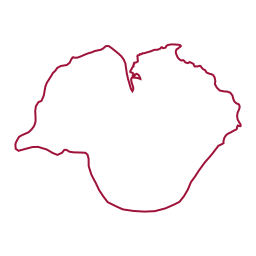 outline of Mtwara Urban, Mtwara, United Republic of Tanzania
{"feature_id": "72390352B87015028421250", "entity_name": "Mtwara Urban", "entity_type": "district", "adm_level": 2, "iso_a3": "TZA", "parent_name": "United Republic of Tanzania", "parent_adm1": "Mtwara", "projection": "mercator", "projection_center": [40.161, -10.316], "detail": "fine", "context": "isolated", "style": "outline", "palette": "rose", "viewbox_px": 256, "rotation_deg": 0, "n_neighbors": 0, "source": "geoboundaries", "source_scale": "gbopen_adm2", "svg_char_len": 5001}
<svg xmlns="http://www.w3.org/2000/svg" viewBox="0 0 256 256"><path d="M211.4,74.2L210.2,74.0L209.4,73.7L208.5,73.3L207.8,73.1L207.4,73.0L207.2,72.8L207.0,72.7L206.6,72.4L206.2,72.1L206.0,71.7L205.9,71.4L205.8,71.2L205.5,70.8L205.1,70.2L204.5,69.8L204.0,69.6L203.6,69.4L203.1,69.2L202.8,68.9L202.4,68.4L201.8,67.8L201.2,67.0L200.7,66.2L200.3,65.9L199.8,65.8L199.3,66.0L199.0,66.1L198.6,66.2L198.3,66.2L197.8,66.3L197.2,66.5L196.8,66.4L196.5,66.3L196.0,66.3L195.6,66.4L195.2,66.5L194.8,66.5L194.5,66.2L194.1,65.7L193.9,65.3L193.7,64.7L193.7,64.3L193.6,64.0L193.4,63.8L192.8,63.6L192.0,63.2L191.8,63.0L191.3,62.8L190.8,62.5L190.2,62.3L189.8,62.1L189.6,62.0L189.4,62.2L189.2,62.4L188.9,62.5L188.7,62.7L188.3,62.9L187.9,63.1L187.6,63.1L187.3,63.0L186.9,62.9L186.6,62.8L186.3,62.7L186.0,62.6L185.7,62.5L185.4,62.4L185.2,62.2L184.9,62.0L184.7,61.7L184.5,61.3L184.0,60.7L183.4,60.3L182.9,60.1L182.4,60.2L181.9,60.5L181.0,60.4L180.2,59.9L180.0,59.7L179.2,59.1L178.3,58.2L177.8,57.5L177.7,57.3L177.2,56.4L176.8,55.5L176.2,54.0L175.8,52.3L175.9,51.0L176.2,50.3L176.5,49.4L177.0,49.1L177.8,48.8L178.3,48.2L178.9,47.7L179.5,47.3L179.9,46.9L180.4,46.6L180.8,46.2L180.8,45.8L180.4,45.5L180.0,45.1L179.4,44.9L178.6,44.8L177.8,44.7L177.0,44.7L175.9,44.6L174.6,44.4L173.4,44.5L172.4,44.4L171.2,44.4L169.9,44.6L168.8,44.9L167.9,45.0L167.3,45.4L166.8,45.7L166.2,46.2L166.0,46.7L165.7,47.5L165.2,47.7L164.7,47.8L164.3,48.0L163.7,48.2L162.9,48.1L162.4,47.6L161.9,47.2L161.3,47.3L161.1,47.6L160.8,48.0L160.3,48.6L159.5,48.9L158.8,49.2L158.0,49.6L157.0,49.7L156.1,49.8L155.3,49.8L154.7,49.8L153.7,50.0L152.8,50.5L151.9,50.8L151.1,51.2L150.2,51.4L149.3,51.7L148.5,52.0L147.6,52.2L146.8,52.4L146.2,52.6L145.5,52.9L144.7,53.1L143.8,53.3L142.9,53.2L142.3,53.4L142.0,53.9L141.4,54.2L140.7,54.2L139.9,54.2L139.9,54.6L139.3,55.1L138.6,55.3L138.0,55.3L137.6,55.5L137.6,55.9L137.5,56.0L137.4,56.3L137.4,56.7L137.5,57.3L137.6,58.3L137.6,58.7L137.6,59.3L137.8,60.1L137.9,60.5L137.9,60.9L137.8,61.3L137.7,61.5L137.3,61.8L136.8,62.1L136.2,62.4L135.5,62.5L134.7,62.6L134.3,62.8L134.0,63.0L133.8,63.7L134.1,64.0L133.9,64.3L133.7,64.7L133.4,65.0L133.2,65.4L133.4,65.8L133.6,66.1L133.5,66.5L133.1,66.7L132.4,67.3L132.0,68.0L131.6,69.0L131.0,69.9L130.3,71.1L130.2,71.7L130.4,72.2L131.0,72.3L131.6,72.5L132.4,72.9L133.1,73.3L133.3,73.7L133.4,73.8L133.4,74.0L133.3,74.3L133.1,74.7L132.8,75.4L132.6,75.9L132.7,76.3L133.0,76.6L133.8,76.7L134.2,76.5L134.3,76.1L134.5,75.7L134.7,75.3L135.1,75.0L135.4,74.7L135.5,74.4L135.8,74.1L136.2,74.0L136.6,73.8L137.2,74.1L137.4,74.2L137.7,74.3L138.1,74.7L138.7,75.2L138.8,75.3L139.3,76.2L139.9,77.4L140.3,78.3L140.4,79.0L138.4,78.2L136.4,77.8L134.2,77.6L132.2,77.6L131.6,78.0L131.2,79.1L131.2,80.1L131.4,81.5L131.8,82.9L132.3,84.7L132.9,86.3L133.3,88.0L133.2,89.5L132.4,91.2L131.2,89.3L130.5,87.5L129.7,84.7L128.8,81.4L127.9,78.6L127.6,76.7L126.9,74.0L126.0,67.9L125.4,63.5L123.8,59.7L121.2,56.1L120.3,55.3L118.9,54.0L115.8,51.4L111.5,48.0L109.0,46.2L108.1,46.1L107.0,46.0L105.6,46.3L103.1,48.5L100.8,49.8L98.1,50.3L95.4,50.9L94.6,51.0L94.0,51.4L93.2,51.7L92.8,51.9L92.6,52.1L92.3,52.2L91.1,52.5L88.6,53.2L88.0,53.4L84.9,54.6L84.0,55.0L80.8,56.4L77.2,57.7L75.8,57.7L75.6,57.7L73.9,57.7L73.3,57.2L72.6,57.4L71.3,59.3L71.0,59.9L70.3,61.4L69.7,62.7L66.8,65.0L65.1,65.3L64.4,65.4L60.8,66.0L57.3,67.9L56.7,68.7L55.2,70.9L53.0,72.9L51.1,76.1L49.4,78.8L47.0,82.5L45.9,85.1L45.5,86.2L44.8,89.6L44.4,91.8L44.0,94.6L43.1,97.3L41.4,100.9L38.5,102.1L35.9,106.2L35.2,111.3L35.5,116.3L35.6,120.8L35.0,123.6L33.9,126.3L31.7,129.3L28.8,132.1L25.8,133.5L22.1,135.1L19.1,136.8L18.9,137.1L17.7,139.1L16.1,142.1L15.7,143.4L15.4,144.2L15.5,144.4L15.4,144.9L15.7,148.8L17.2,149.8L17.3,149.9L18.5,150.8L24.0,149.3L25.7,148.8L32.2,147.1L33.7,147.0L38.2,146.9L47.0,149.6L52.5,152.9L57.4,154.9L59.8,153.8L62.0,152.8L64.3,149.9L66.5,149.9L68.0,150.8L69.4,151.7L74.0,152.4L76.4,152.4L82.0,152.6L85.5,152.8L87.3,154.6L87.6,154.9L87.6,155.0L88.6,158.8L88.7,166.2L91.3,174.4L92.9,177.6L93.4,178.6L95.9,183.2L96.6,184.8L97.0,185.7L97.1,185.8L99.2,190.2L103.2,196.3L106.8,201.0L107.2,201.6L107.6,202.1L116.0,206.3L120.9,208.5L122.0,209.0L123.0,209.4L133.0,210.9L134.2,211.0L144.4,211.6L149.0,211.4L154.6,211.2L165.3,208.4L173.6,204.8L179.4,201.9L183.9,196.3L184.1,196.0L184.2,195.8L187.9,189.5L191.0,182.0L191.9,180.8L195.2,176.3L196.9,173.6L197.0,173.5L198.2,171.6L199.0,170.4L205.2,161.9L209.7,156.9L212.6,153.4L215.7,149.3L216.0,148.9L216.3,148.6L218.3,145.8L221.2,144.5L223.5,143.2L223.5,140.9L224.4,137.7L226.1,135.1L229.0,133.1L230.8,132.4L231.7,131.8L233.0,131.1L233.6,130.7L234.5,130.3L236.1,129.6L236.8,128.9L237.0,128.1L237.0,127.0L237.9,125.5L239.0,126.1L240.5,126.1L240.6,124.6L239.5,122.8L237.7,119.7L237.1,116.2L237.5,113.0L237.7,112.6L239.3,108.8L239.7,106.6L239.2,105.1L238.9,104.4L236.0,103.1L234.2,101.1L233.2,98.7L232.5,95.6L230.3,92.7L227.2,91.6L224.1,91.4L219.7,90.5L218.9,89.7L216.8,87.6L214.9,84.1L215.0,83.7L215.3,80.8L214.5,77.1L213.1,75.1L212.3,74.6L211.4,74.2Z" fill="none" stroke="#9f1239" stroke-width="2"/></svg>